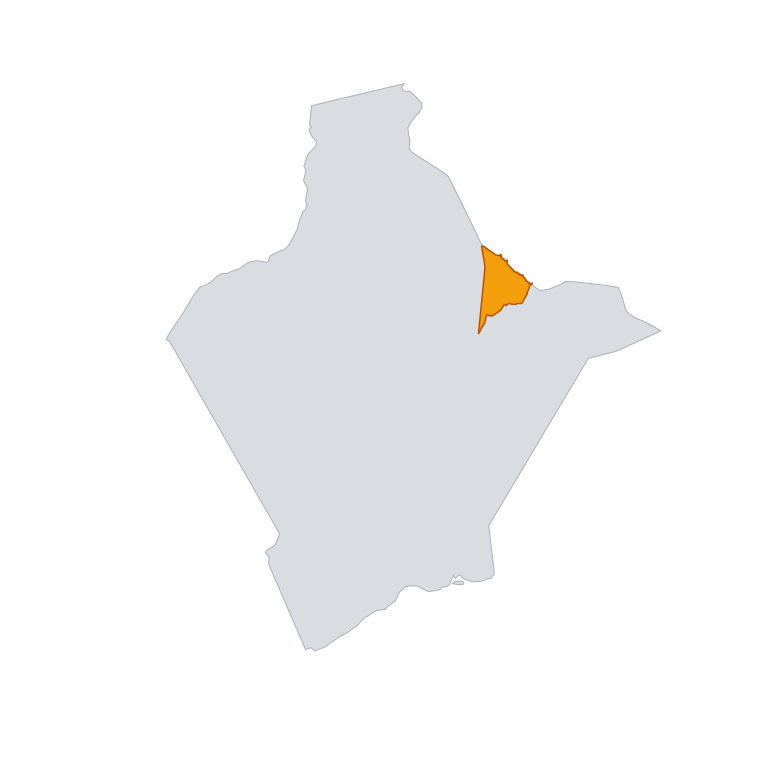 Moyale, Eastern, Kenya shown in context, rotated 31°
{"feature_id": "3690345B29556459221230", "entity_name": "Moyale", "entity_type": "district", "adm_level": 2, "iso_a3": "KEN", "parent_name": "Kenya", "parent_adm1": "Eastern", "projection": "orthographic", "projection_center": [39.031, 2.902], "detail": "fine", "context": "in_parent", "style": "filled", "palette": "amber", "viewbox_px": 768, "rotation_deg": 31, "n_neighbors": 0, "source": "geoboundaries", "source_scale": "gbopen_adm2", "svg_char_len": 7565}
<svg xmlns="http://www.w3.org/2000/svg" viewBox="0 0 768 768"><g transform="rotate(31 384 384)"><path d="M174.1,457.9L174.0,448.9L175.2,426.1L175.1,406.0L176.2,396.0L181.1,389.7L183.4,385.0L185.1,378.6L187.6,373.3L193.5,369.1L194.6,366.7L200.8,359.6L204.5,350.4L207.3,347.3L210.8,344.4L213.3,342.9L217.4,341.4L220.6,340.5L221.2,339.8L221.5,338.3L220.4,332.6L221.8,330.7L224.0,326.9L226.5,323.4L228.7,321.1L230.0,318.8L230.6,314.8L230.7,311.9L230.7,307.3L230.0,296.7L227.4,287.8L225.8,277.9L227.0,274.7L224.9,268.9L223.9,268.6L222.2,267.3L220.1,261.8L218.5,256.8L217.5,255.6L210.4,251.2L207.0,240.9L203.1,238.5L201.0,228.3L200.6,225.4L202.9,215.2L202.7,212.9L200.3,210.7L193.7,208.5L188.4,204.2L189.1,202.8L189.5,201.3L186.7,200.2L178.6,182.7L189.2,172.3L199.9,161.7L213.6,148.4L226.2,136.1L237.1,125.5L246.8,116.0L246.5,117.8L246.5,120.2L247.7,121.7L249.7,122.7L252.5,121.6L254.9,120.2L257.2,119.9L271.7,123.9L274.1,127.3L273.9,131.0L274.5,133.7L273.4,136.4L272.2,144.6L272.5,152.1L276.8,157.7L280.7,162.0L283.7,168.2L286.0,170.1L289.1,171.0L299.1,171.3L313.9,171.8L328.1,172.2L329.4,172.3L332.4,173.1L345.4,181.4L357.4,189.0L367.5,195.6L377.4,202.0L386.9,208.3L394.4,213.4L401.7,215.0L413.6,215.8L421.8,216.0L429.4,218.2L440.7,220.2L449.2,221.2L454.3,222.4L468.5,223.6L470.8,222.9L477.0,217.2L484.0,207.9L486.7,202.8L495.8,197.7L511.6,190.5L522.8,185.5L535.2,180.5L540.9,184.8L548.7,191.8L552.2,195.3L555.0,196.8L559.2,197.8L564.4,197.8L567.2,197.6L572.9,196.7L586.4,195.9L594.0,195.9L587.6,205.2L579.9,216.4L565.7,236.9L554.8,247.7L546.6,255.9L545.9,257.3L545.9,266.4L546.0,288.6L546.2,333.1L546.4,377.5L546.6,421.8L546.7,444.0L546.7,451.5L553.9,460.8L561.0,469.9L570.3,481.9L575.3,488.3L576.1,490.5L575.9,494.8L568.2,503.8L561.9,507.9L553.4,509.9L550.9,509.5L547.6,508.3L546.2,510.4L545.3,513.8L543.4,513.1L542.0,512.1L542.8,518.1L543.7,521.0L542.4,525.0L538.3,528.5L537.9,531.5L529.0,539.2L516.4,540.1L509.8,543.9L506.8,547.0L504.6,553.9L505.3,564.4L501.8,572.5L501.1,576.5L494.6,581.8L491.7,586.6L489.6,591.5L487.7,593.6L485.5,604.6L482.5,611.2L481.7,613.5L480.9,615.4L478.6,619.4L477.0,622.0L475.9,623.8L468.2,640.8L462.2,648.5L457.5,647.6L454.4,650.6L454.1,652.0L452.4,651.2L448.5,648.4L440.4,642.6L432.4,636.9L424.3,631.1L416.2,625.3L408.1,619.5L400.1,613.7L392.0,607.9L383.9,602.1L379.2,598.7L377.1,596.7L375.4,592.7L374.6,591.7L372.5,590.5L369.9,590.2L369.2,589.4L369.2,587.5L370.1,584.7L373.1,579.4L373.4,576.3L372.8,572.7L371.9,567.0L371.0,565.8L365.7,562.8L354.5,556.5L343.2,550.3L332.0,544.0L320.8,537.7L309.5,531.4L298.3,525.2L287.1,518.9L275.9,512.6L264.6,506.3L253.4,500.1L242.2,493.8L231.0,487.5L219.8,481.2L208.5,474.9L197.3,468.6L186.1,462.3L181.9,459.9L178.1,457.9L174.1,457.9ZM547.5,519.2L545.5,519.6L546.5,516.6L552.3,512.8L554.7,513.6L555.1,514.5L555.0,515.3L554.0,516.1L547.5,519.2Z" fill="#d9dde1" stroke="#a8b0b8" stroke-width="1"/><path d="M438.8,282.2L438.8,281.7L438.9,281.3L439.0,280.9L439.0,280.7L438.9,280.7L438.8,280.4L438.8,280.1L438.8,279.7L438.7,279.6L438.7,279.4L438.7,279.1L438.7,278.9L438.6,278.7L438.4,278.4L438.4,278.2L438.3,277.8L438.2,277.8L438.2,277.7L438.0,277.2L437.9,277.1L437.9,276.9L437.9,276.7L437.7,276.2L437.6,275.9L437.4,275.6L437.3,275.1L437.2,275.0L437.2,274.7L437.1,274.1L437.0,273.9L436.9,273.8L436.9,273.7L436.8,273.4L436.8,273.2L436.8,272.6L436.7,272.1L436.5,271.7L437.6,271.4L438.8,271.1L439.2,271.0L440.1,270.7L440.6,270.6L440.9,270.5L441.1,270.5L441.3,270.4L441.4,270.2L442.1,269.1L442.2,268.8L442.4,268.6L442.6,268.2L442.9,267.6L443.0,267.3L443.8,265.3L443.9,265.1L444.1,264.6L444.3,264.2L444.4,263.9L444.5,263.8L444.8,263.5L444.9,263.4L445.0,263.3L445.0,263.2L445.0,262.7L445.1,262.3L445.2,262.1L445.3,262.0L445.4,261.8L445.6,261.7L445.7,261.3L446.0,259.4L446.0,259.1L446.1,257.9L446.1,257.7L446.0,254.1L446.0,253.8L446.6,253.8L447.1,253.8L447.5,253.8L447.8,253.8L448.0,253.8L448.4,253.8L448.4,253.3L448.4,253.2L448.5,252.9L448.6,252.4L448.6,252.1L448.7,251.9L448.8,251.8L448.9,251.6L449.0,251.3L449.1,251.2L449.3,251.0L449.5,251.0L449.7,250.9L449.8,250.9L449.9,250.7L450.1,250.4L450.3,250.1L450.5,250.1L451.3,250.0L452.1,250.0L452.6,249.9L452.8,249.7L453.0,249.4L453.5,249.1L453.8,248.9L454.0,248.8L454.2,248.7L454.3,248.7L454.7,248.5L454.9,248.5L455.1,248.4L455.3,248.4L455.5,248.3L455.6,248.2L455.6,247.9L455.8,247.7L456.0,247.5L456.5,246.9L456.9,246.5L457.2,246.2L457.4,246.0L457.6,245.7L458.8,245.2L459.2,244.9L459.3,244.9L459.6,244.7L459.9,244.5L460.2,244.3L460.5,244.0L460.6,243.9L460.6,243.1L460.6,242.4L460.6,241.6L460.6,240.4L460.5,239.2L460.5,238.5L460.5,236.8L460.4,234.6L460.4,234.4L460.4,233.9L460.3,233.3L460.2,233.1L460.2,232.9L460.0,232.7L459.8,232.5L459.7,232.4L459.7,232.1L459.6,231.7L459.6,231.2L459.4,230.1L459.4,229.6L459.1,227.7L459.0,227.2L458.9,226.3L458.9,226.1L458.8,225.9L458.7,225.8L458.5,225.6L458.2,225.1L458.2,224.8L458.2,224.6L458.2,224.4L458.2,224.2L458.3,223.9L458.4,223.7L458.5,223.5L458.7,223.2L458.8,223.1L459.1,222.8L459.2,222.7L459.3,222.4L459.4,222.2L459.5,222.0L459.5,221.8L459.5,221.7L459.3,221.4L459.2,221.3L459.1,221.5L458.9,221.9L458.7,222.0L458.4,222.4L458.2,222.5L457.8,222.4L457.6,222.3L457.3,222.4L457.0,222.5L456.5,222.7L456.4,222.8L456.4,222.7L456.1,222.6L455.9,222.6L455.6,222.6L455.3,222.5L455.0,222.5L454.7,222.4L454.4,222.3L454.2,222.3L453.9,222.3L453.3,222.3L452.9,222.4L452.7,222.4L452.4,222.3L452.4,222.0L452.4,221.7L452.2,221.7L451.9,221.8L451.7,221.8L451.5,221.7L451.0,221.5L450.7,221.3L450.4,221.2L450.3,220.9L450.3,220.7L450.2,220.7L449.9,220.7L449.7,220.6L449.4,220.7L449.0,220.6L448.6,220.4L448.0,220.1L447.9,220.0L447.6,219.8L447.5,219.6L447.2,219.4L447.2,219.2L446.9,219.1L446.7,219.1L446.5,219.3L446.5,219.6L446.4,219.6L446.2,219.7L446.2,219.8L446.1,219.7L445.9,219.7L445.7,219.8L445.4,220.0L445.2,220.1L444.8,220.0L444.7,219.9L444.3,219.8L444.1,220.0L443.5,220.0L443.5,220.6L443.4,220.7L443.2,220.6L443.1,220.4L442.8,220.4L442.6,220.0L442.4,220.1L442.1,220.0L441.9,220.0L441.6,219.9L441.4,219.9L441.2,219.6L440.9,219.7L440.7,219.5L440.3,219.9L440.3,220.0L440.3,220.3L438.7,220.5L437.5,220.5L436.7,220.2L435.5,219.9L434.5,219.5L434.1,219.3L432.0,218.8L427.7,217.5L427.4,217.4L427.3,217.1L427.3,216.9L426.3,215.4L426.1,214.8L426.0,214.6L425.7,214.6L425.2,214.8L425.4,215.4L425.0,215.9L424.8,216.3L424.5,216.1L423.5,215.9L422.7,215.7L422.5,215.8L422.3,215.7L422.2,215.4L422.2,215.2L422.0,215.3L421.9,215.3L421.8,215.5L421.7,215.6L420.4,215.6L420.2,215.6L419.9,215.4L419.8,215.5L419.6,215.2L419.3,215.2L419.2,215.1L419.2,214.7L418.8,214.0L418.8,213.7L418.4,213.4L418.2,213.0L417.2,213.1L417.0,213.4L417.1,213.6L417.3,213.7L417.3,213.9L417.2,214.0L417.3,214.3L417.3,214.5L416.9,214.6L416.4,214.7L415.1,215.2L413.4,215.8L411.5,215.6L409.9,215.5L406.7,215.3L403.5,215.1L402.2,215.0L400.9,214.9L399.8,214.8L399.5,214.8L399.0,214.9L397.8,215.2L397.6,215.3L397.4,215.2L397.0,215.3L396.6,215.6L407.4,228.1L410.1,231.4L410.4,232.0L410.7,232.6L414.4,240.2L416.0,243.6L416.3,244.3L417.7,247.0L418.0,247.7L418.6,249.1L423.6,259.7L428.6,270.1L432.9,279.2L433.7,281.0L434.1,281.9L435.0,283.6L435.3,284.3L436.0,285.8L436.3,286.4L436.6,287.1L438.3,290.5L438.7,291.5L439.0,292.1L439.3,292.6L439.2,292.3L439.2,292.1L439.1,291.8L439.1,291.6L439.1,291.3L439.1,290.6L439.1,290.3L439.1,290.0L439.1,289.6L439.1,289.4L439.1,289.1L439.1,288.9L439.1,288.5L439.0,288.3L439.0,288.1L439.0,287.6L438.8,287.1L438.7,286.6L438.7,286.0L438.6,285.9L438.6,285.7L438.5,285.4L438.6,285.1L438.7,284.8L438.7,284.6L438.9,284.1L439.0,284.0L439.0,283.8L439.0,283.6L438.9,282.9L438.9,282.5L438.8,282.3L438.8,282.2Z" fill="#f59e0b" stroke="#b45309" stroke-width="1.5"/></g></svg>